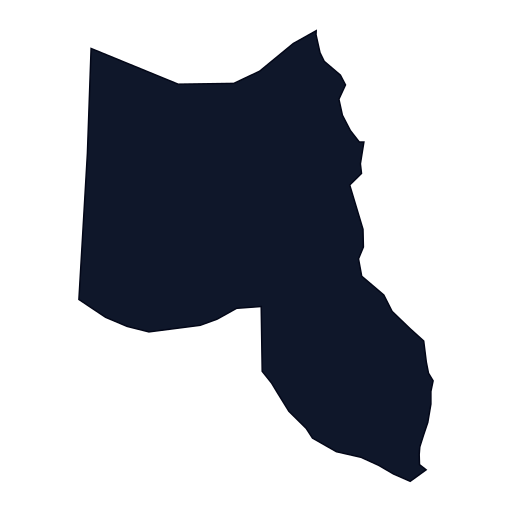 the district of Amiantos, Limassol, Cyprus
{"feature_id": "46923920B1926327299248", "entity_name": "Amiantos", "entity_type": "district", "adm_level": 2, "iso_a3": "CYP", "parent_name": "Cyprus", "parent_adm1": "Limassol", "projection": "orthographic", "projection_center": [32.932, 34.921], "detail": "fine", "context": "isolated", "style": "filled", "palette": "ink", "viewbox_px": 512, "rotation_deg": 0, "n_neighbors": 0, "source": "geoboundaries", "source_scale": "gbopen_adm2", "svg_char_len": 870}
<svg xmlns="http://www.w3.org/2000/svg" viewBox="0 0 512 512"><path d="M293.3,43.5L259.6,71.2L244.1,78.5L233.8,83.4L178.2,84.2L91.1,48.5L87.4,153.5L78.9,299.5L105.6,317.3L127.1,326.4L148.9,331.9L200.2,325.3L217.2,319.1L236.6,308.3L261.2,306.5L262.2,371.3L271.6,383.1L276.9,391.9L288.9,411.3L306.2,428.4L312.5,438.1L336.4,451.7L361.0,457.3L378.6,465.3L393.5,474.0L410.2,481.3L426.1,469.8L419.5,464.6L419.2,454.5L419.8,446.9L423.6,434.9L427.8,422.4L430.9,404.1L430.9,391.4L433.1,380.8L428.5,373.2L426.3,362.0L423.7,341.0L410.2,328.8L392.1,311.4L383.8,295.0L361.7,276.2L358.5,258.8L363.4,247.0L363.0,229.3L349.7,185.0L361.5,173.4L360.4,163.8L362.4,151.3L363.9,142.0L359.3,142.0L357.4,139.6L350.4,130.6L342.4,115.2L338.9,99.2L345.5,84.9L340.4,75.1L326.3,63.1L324.2,61.3L320.0,52.7L316.0,34.6L316.2,30.7L293.3,43.5Z" fill="#0f172a" stroke="#020617" stroke-width="1.5"/></svg>